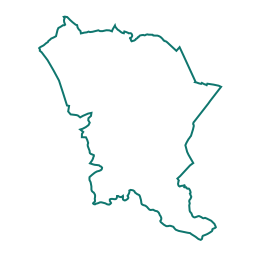 Sasca Montana, Caras-Severin, Romania, rotated 93°
{"feature_id": "2599482B70616136080188", "entity_name": "Sasca Montana", "entity_type": "district", "adm_level": 2, "iso_a3": "ROU", "parent_name": "Romania", "parent_adm1": "Caras-Severin", "projection": "mercator", "projection_center": [21.728, 44.889], "detail": "fine", "context": "isolated", "style": "outline", "palette": "teal", "viewbox_px": 256, "rotation_deg": 93, "n_neighbors": 0, "source": "geoboundaries", "source_scale": "gbopen_adm2", "svg_char_len": 5670}
<svg xmlns="http://www.w3.org/2000/svg" viewBox="0 0 256 256"><g transform="rotate(93 128 128)"><path d="M55.5,220.1L56.9,218.2L64.4,211.9L74.2,205.5L84.2,199.4L96.4,194.7L108.7,190.1L109.0,188.0L114.6,188.6L117.4,186.0L117.8,180.2L118.1,178.8L119.9,176.3L118.2,173.6L115.7,168.6L114.8,165.3L117.9,165.6L120.3,168.0L122.3,168.1L124.7,166.5L127.2,167.6L129.4,170.3L131.2,173.4L132.0,175.6L134.3,172.5L136.3,173.7L139.6,173.6L139.5,169.5L142.1,168.1L145.0,167.0L146.8,167.4L148.2,167.2L151.2,165.9L152.7,165.2L154.7,164.9L155.1,164.7L155.3,164.4L155.6,164.1L155.8,163.8L155.9,163.5L156.4,162.0L156.9,160.7L157.8,160.6L159.0,161.1L160.2,161.3L162.2,162.1L165.3,164.1L166.2,160.8L166.5,159.3L166.6,157.1L166.8,154.9L167.2,154.4L167.6,153.9L167.8,153.3L168.0,152.7L169.0,151.8L170.0,151.9L170.9,152.3L171.4,152.9L171.6,153.0L171.8,153.5L172.4,154.7L172.7,155.8L173.1,156.9L174.4,158.9L176.0,160.7L176.9,161.7L179.0,163.8L180.0,163.9L182.0,163.7L182.7,163.3L183.4,162.9L184.1,162.5L184.9,162.3L188.2,161.5L191.5,161.3L192.6,160.9L193.1,160.5L193.6,159.9L194.0,159.4L194.3,158.8L196.1,157.6L197.2,157.3L198.8,157.3L200.4,157.5L201.8,157.2L203.2,157.2L204.6,158.7L205.2,158.9L205.6,158.4L205.9,157.8L205.9,156.8L205.4,156.2L204.7,154.1L203.7,152.1L203.6,151.0L203.7,150.1L204.4,146.7L205.2,145.0L205.3,144.8L205.4,143.8L205.5,142.9L205.2,142.3L204.8,141.8L204.3,141.3L203.8,141.0L201.8,142.3L200.3,142.4L199.8,141.5L199.6,140.2L199.7,139.1L199.8,138.0L199.7,136.7L199.4,136.2L199.2,136.0L198.9,135.8L198.7,135.7L198.0,135.5L197.6,135.4L197.0,135.4L196.5,135.4L196.4,134.3L196.8,133.8L197.1,133.1L197.3,132.4L197.4,131.7L197.2,130.9L196.7,130.1L196.1,129.5L196.5,129.4L197.1,129.4L197.4,129.4L198.0,129.6L199.7,129.2L200.5,127.8L200.3,126.6L198.8,124.6L197.7,124.0L197.2,124.1L196.7,124.3L196.2,124.6L195.8,124.9L195.0,124.4L194.2,124.0L193.4,123.7L192.6,123.4L192.0,123.3L191.5,123.2L190.9,123.3L190.4,123.4L189.7,122.2L189.8,120.8L190.1,119.4L190.9,118.2L192.0,117.7L193.6,115.3L194.0,114.2L194.5,113.2L195.3,112.7L196.2,112.3L197.5,111.9L198.8,111.4L200.6,111.0L202.4,110.7L203.4,110.2L204.1,108.9L204.7,106.5L205.9,104.8L207.2,103.6L208.4,102.3L208.7,101.2L208.3,98.6L209.2,96.8L209.7,94.3L210.9,92.9L212.1,92.2L213.3,91.7L214.4,90.8L216.2,90.0L217.9,90.1L219.2,90.9L220.3,90.3L222.7,87.1L224.0,84.6L223.9,82.9L223.7,82.3L223.5,81.6L223.5,80.9L223.5,80.2L224.3,77.5L225.1,76.9L225.8,76.3L226.5,75.6L227.1,74.9L228.1,72.0L229.5,62.8L229.7,60.5L230.6,59.3L233.1,54.8L235.2,51.8L235.9,49.5L235.0,48.4L234.3,48.2L232.4,48.0L231.7,47.5L231.2,46.3L230.7,45.2L230.2,44.1L229.6,43.0L228.3,41.0L226.8,39.0L226.6,38.8L225.9,38.4L224.8,38.5L224.3,38.0L223.3,35.9L222.6,35.1L221.9,35.3L219.2,36.7L216.3,40.0L214.3,44.6L213.7,46.4L214.0,47.2L214.2,48.0L214.0,48.8L213.2,50.0L212.3,52.2L212.3,53.1L213.6,56.1L213.8,56.7L213.7,57.2L213.6,57.7L213.2,58.3L212.7,58.9L212.2,59.2L209.9,60.2L208.3,61.7L207.3,62.1L202.1,62.8L200.0,62.4L198.2,63.0L197.3,63.0L196.7,62.8L195.1,61.7L194.5,61.6L193.5,61.2L192.8,61.4L192.6,61.6L191.7,62.1L191.1,62.2L190.5,62.7L190.2,62.8L189.9,62.6L189.4,62.1L188.0,62.4L187.4,62.7L187.1,62.8L185.7,63.7L185.3,64.2L185.4,64.8L185.5,65.6L185.1,66.1L184.7,66.5L184.3,66.6L184.1,66.9L184.3,67.6L184.3,68.0L184.2,68.6L183.5,68.4L182.4,68.4L182.2,68.6L182.3,69.0L182.8,69.9L182.8,70.3L183.0,71.6L183.1,72.0L183.4,72.7L183.6,73.0L183.7,73.3L183.4,73.9L183.0,74.4L182.2,74.8L181.6,75.0L180.8,75.1L179.1,74.8L178.7,74.9L177.9,74.5L177.1,75.0L176.6,75.5L176.1,75.8L175.9,76.0L173.3,73.4L162.0,64.0L159.6,61.0L151.5,66.2L148.7,67.7L142.2,69.8L139.6,68.8L137.2,67.6L136.0,67.0L134.9,66.2L133.7,65.5L132.6,64.7L125.9,63.0L122.5,62.4L121.3,62.7L121.0,62.8L120.7,63.1L120.0,63.1L118.9,62.8L118.3,62.3L99.4,49.1L96.7,47.4L82.0,37.2L81.0,39.7L80.2,44.9L79.6,51.1L81.1,51.7L80.4,53.2L80.4,53.9L79.8,55.0L79.6,55.7L79.1,56.6L80.1,57.3L79.7,59.5L79.0,61.8L78.7,63.5L78.1,63.1L52.5,76.5L44.6,80.7L48.4,83.7L41.6,91.9L41.3,92.2L40.3,93.5L40.1,93.7L39.8,94.1L39.6,94.5L39.5,94.8L39.3,95.8L39.1,96.0L39.0,96.4L38.9,96.4L38.9,96.5L38.6,97.0L38.3,97.3L37.5,97.9L36.8,98.6L36.6,98.8L36.3,99.2L35.8,99.8L35.4,100.3L34.8,101.5L34.4,102.6L34.2,103.5L34.2,104.0L34.3,105.1L34.3,106.8L34.3,107.6L34.2,107.8L33.8,108.0L33.6,108.4L33.6,108.9L33.6,109.3L33.7,109.8L33.6,110.6L33.7,111.2L33.7,111.9L33.7,112.5L33.5,113.3L33.5,113.5L33.8,114.7L34.2,115.3L34.5,115.9L34.5,116.2L34.6,116.5L34.5,116.8L34.4,117.2L34.3,117.5L34.4,117.8L34.4,118.6L34.6,119.4L34.9,120.5L35.2,121.2L36.4,122.0L36.5,122.1L36.8,122.9L36.9,123.0L37.1,123.1L37.6,123.2L37.8,123.3L38.1,123.9L38.6,124.7L39.4,125.1L39.7,125.5L40.4,126.5L40.6,127.2L41.0,128.3L41.2,128.9L40.7,129.3L40.4,129.4L40.4,129.5L38.8,130.2L38.3,130.6L38.2,130.7L37.9,130.6L37.8,129.7L37.7,129.5L37.3,129.3L36.8,129.1L36.5,128.9L36.1,128.7L35.7,128.6L35.3,128.7L34.6,128.9L33.9,129.3L33.4,129.8L33.3,130.1L33.2,130.4L33.2,130.8L33.4,132.3L33.3,132.5L33.1,132.6L32.9,133.0L32.2,135.1L32.0,135.9L31.8,136.7L33.6,137.1L33.5,137.8L33.2,138.8L32.7,139.8L32.0,140.8L31.1,142.0L30.8,142.7L30.0,143.8L28.0,145.6L27.2,146.1L26.9,146.2L26.3,146.4L30.6,148.6L32.3,149.1L31.5,151.6L31.5,154.7L32.6,158.5L32.7,161.1L32.0,162.7L33.8,168.6L34.2,171.0L33.8,172.4L34.6,174.1L35.1,176.9L35.4,177.7L35.6,178.4L35.8,179.2L36.0,180.0L33.7,180.5L32.1,182.3L30.3,183.6L27.9,184.2L27.6,185.7L27.2,186.2L25.2,189.0L23.0,191.7L22.4,192.3L20.4,194.5L20.1,197.0L20.4,198.0L21.8,197.1L23.6,197.6L25.5,197.3L28.1,196.2L28.7,196.9L28.8,198.4L29.6,199.4L30.4,200.5L31.1,201.6L31.7,202.7L33.7,203.5L40.1,204.7L41.5,207.0L42.7,209.4L44.1,210.7L45.3,212.1L46.4,212.5L47.5,214.1L49.9,216.6L51.8,219.8L52.9,220.9L54.1,220.1L55.5,220.1Z" fill="none" stroke="#0f766e" stroke-width="2"/></g></svg>